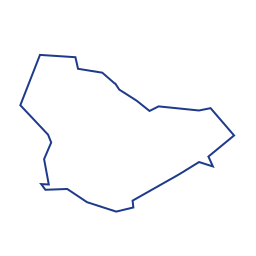 Clarke, Georgia, United States of America, rotated 174°
{"feature_id": "52423323B53340239927220", "entity_name": "Clarke", "entity_type": "district", "adm_level": 2, "iso_a3": "USA", "parent_name": "United States of America", "parent_adm1": "Georgia", "projection": "albers", "projection_center": [-83.367, 33.944], "detail": "fine", "context": "isolated", "style": "outline", "palette": "blue", "viewbox_px": 256, "rotation_deg": 174, "n_neighbors": 0, "source": "geoboundaries", "source_scale": "gbopen_adm2", "svg_char_len": 517}
<svg xmlns="http://www.w3.org/2000/svg" viewBox="0 0 256 256"><g transform="rotate(174 128 128)"><path d="M148.5,46.1L131.0,48.4L131.0,55.3L82.2,76.5L60.9,86.7L47.6,80.9L51.0,91.2L23.3,109.5L43.8,139.1L55.6,138.0L95.3,146.3L104.8,142.7L116.6,154.3L132.7,167.1L136.0,173.5L136.7,173.8L147.8,185.7L171.5,192.1L172.9,203.9L207.9,209.9L231.0,165.2L232.7,161.9L208.2,129.7L205.9,121.6L214.7,105.8L212.7,80.1L220.2,81.3L216.6,75.2L194.8,73.7L176.5,58.5L148.5,46.1Z" fill="none" stroke="#1e3a8a" stroke-width="2"/></g></svg>